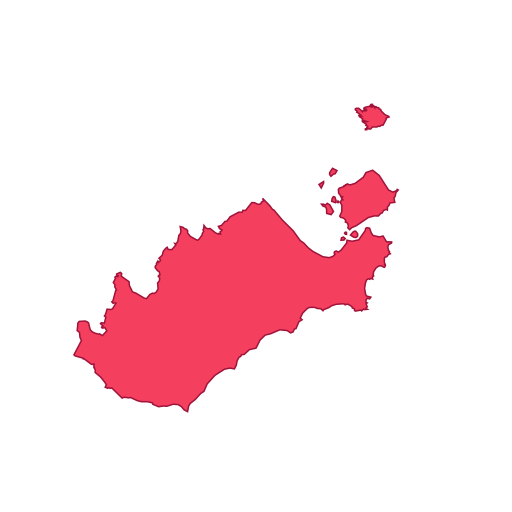 outline of Bangka Selatan, Bangka-Belitung, Indonesia, rotated 299°
{"feature_id": "22746128B19321376976921", "entity_name": "Bangka Selatan", "entity_type": "district", "adm_level": 2, "iso_a3": "IDN", "parent_name": "Indonesia", "parent_adm1": "Bangka-Belitung", "projection": "natural_earth1", "projection_center": [106.566, -2.786], "detail": "fine", "context": "isolated", "style": "filled", "palette": "rose", "viewbox_px": 512, "rotation_deg": 299, "n_neighbors": 0, "source": "geoboundaries", "source_scale": "gbopen_adm2", "svg_char_len": 6141}
<svg xmlns="http://www.w3.org/2000/svg" viewBox="0 0 512 512"><g transform="rotate(299 256 256)"><path d="M309.6,233.9L307.8,235.8L305.6,234.6L304.0,234.9L302.2,232.9L301.9,228.9L300.7,226.4L290.8,224.8L289.6,222.4L287.6,222.7L286.0,219.7L277.7,214.3L272.5,213.7L271.2,212.1L266.0,211.0L263.7,208.7L262.2,211.0L262.5,213.3L261.8,213.8L259.8,212.9L258.0,214.4L257.8,212.6L256.9,212.6L256.6,209.4L257.8,202.5L256.5,200.8L256.2,198.6L257.5,195.7L254.6,197.0L253.3,196.9L252.2,198.3L249.6,198.1L248.6,198.7L243.3,198.1L241.3,197.1L241.3,189.2L242.9,185.0L244.9,184.0L245.7,182.2L245.3,180.4L245.7,178.2L245.0,175.4L241.2,178.4L238.6,179.0L236.7,178.5L230.8,180.5L228.2,180.2L227.6,178.8L226.8,180.5L220.8,179.3L219.1,176.0L220.6,174.1L218.9,173.3L215.2,172.6L211.1,173.6L207.0,172.2L206.3,174.3L205.6,174.6L203.1,173.8L204.0,172.6L201.2,172.5L200.5,173.3L198.1,172.8L196.9,173.6L195.4,176.9L195.3,179.0L192.9,181.2L191.7,180.2L190.7,180.5L190.4,182.1L189.3,182.8L187.4,183.5L184.7,183.0L179.8,186.3L176.3,186.3L173.8,185.1L173.3,183.4L170.8,181.8L165.7,180.9L165.0,179.0L165.3,168.9L164.7,165.4L168.9,159.5L172.0,157.4L173.0,148.0L175.6,147.0L175.9,145.2L172.7,142.8L171.8,143.4L171.8,145.1L170.9,145.2L170.1,143.1L169.1,142.9L167.9,144.0L163.7,144.0L162.4,146.6L160.5,147.5L158.7,150.4L157.8,150.0L147.5,152.6L146.0,152.1L145.3,154.1L146.7,155.0L146.8,156.4L140.2,156.1L138.9,155.1L137.3,151.5L132.0,152.7L130.0,152.5L129.7,154.3L123.8,155.9L122.6,153.0L121.4,152.8L120.6,156.2L118.9,155.4L118.4,156.5L120.1,158.7L118.1,161.8L111.9,160.2L112.1,156.9L111.3,156.2L110.4,152.2L110.3,149.4L111.2,146.7L116.3,142.0L116.6,140.5L116.3,138.1L113.1,133.1L111.1,132.7L104.0,135.8L103.6,138.6L99.4,141.6L97.4,144.3L81.3,144.7L80.9,146.1L82.8,154.3L82.2,154.7L82.7,155.8L81.5,164.1L81.8,165.5L83.0,166.6L79.9,168.3L80.2,168.6L78.1,170.8L76.1,171.8L74.9,178.5L72.1,185.3L70.7,187.6L68.1,187.7L68.4,190.4L69.2,190.6L69.7,192.9L70.7,193.8L66.8,207.9L68.4,208.9L70.4,213.8L71.4,214.7L71.9,222.0L73.0,226.4L75.9,231.6L76.9,235.1L77.2,236.9L76.3,237.7L77.0,244.0L79.9,247.7L81.3,250.8L86.2,255.4L88.3,260.0L88.1,263.7L86.6,267.7L86.7,271.6L92.3,269.8L95.2,270.0L100.9,272.4L109.0,274.3L112.3,276.1L120.5,275.3L131.9,278.0L141.7,283.3L145.3,287.5L146.8,291.9L150.9,291.7L155.2,290.3L159.5,290.3L160.6,291.3L162.6,291.2L164.2,293.4L170.9,295.6L175.4,300.7L184.5,300.3L191.3,302.4L195.1,306.5L203.0,312.6L205.9,319.4L205.5,323.5L207.5,325.2L210.8,325.0L211.9,326.2L219.4,325.4L222.6,327.2L223.1,324.8L228.7,324.5L235.2,326.4L237.0,327.8L239.4,331.9L239.9,335.3L241.3,338.1L240.6,341.1L241.7,341.1L246.1,344.7L249.1,346.2L252.6,349.5L256.2,355.0L256.9,356.8L256.5,357.6L258.2,359.2L258.5,361.8L258.1,364.7L257.2,365.4L257.6,367.5L256.0,368.7L256.1,369.8L259.5,373.9L259.6,374.4L259.2,374.7L259.2,375.1L261.8,375.7L261.6,376.7L263.4,379.3L263.5,377.7L264.7,377.4L265.4,378.0L267.6,375.5L268.9,376.0L268.7,374.7L270.8,373.6L273.0,373.8L273.6,376.2L275.7,376.4L274.6,372.0L275.7,370.4L280.3,366.7L285.5,364.8L288.7,364.3L290.1,365.1L290.9,365.9L290.7,366.7L292.0,367.3L292.4,369.3L293.9,367.9L295.6,368.6L295.8,367.8L299.3,366.5L303.9,366.8L307.0,368.4L308.1,370.4L308.2,373.6L308.7,373.9L310.1,373.9L310.7,372.8L311.1,373.3L312.8,371.2L316.5,369.3L317.8,369.4L318.6,370.7L321.7,371.1L323.1,372.4L323.7,370.8L324.7,370.5L325.0,369.3L327.8,366.9L330.1,366.4L333.0,368.3L334.1,367.8L331.7,363.3L335.1,357.4L332.6,354.9L330.7,348.5L332.1,345.6L335.4,341.9L334.6,339.3L333.3,338.5L331.3,339.2L319.9,338.0L315.5,332.9L313.9,327.9L311.5,329.0L302.4,327.6L299.3,326.1L299.3,323.7L297.8,322.6L296.5,322.9L295.9,324.3L293.0,323.5L290.1,320.9L287.8,315.0L287.6,303.5L288.6,297.2L290.5,291.6L290.9,287.3L296.1,276.2L300.2,261.6L304.9,249.3L304.7,248.0L306.7,243.6L309.6,233.9ZM354.3,295.7L351.0,297.8L349.8,300.6L348.5,301.9L349.4,301.6L349.7,303.1L348.1,302.8L347.3,304.6L346.8,303.6L343.8,303.6L342.1,306.4L336.4,309.5L331.5,309.9L330.8,311.2L331.6,314.1L331.1,316.3L330.0,317.7L329.1,317.6L329.1,320.2L326.9,322.3L325.2,322.6L324.4,325.1L327.2,326.0L331.2,329.1L344.1,335.6L348.4,340.0L350.3,343.6L353.8,344.5L354.9,345.5L357.7,345.5L359.9,347.4L359.9,348.6L362.7,347.2L364.7,347.8L367.3,347.4L370.2,351.4L373.6,348.5L375.4,348.8L379.4,347.7L382.7,348.4L382.7,347.2L381.4,347.3L378.2,344.7L378.0,339.9L386.2,324.7L387.6,316.5L382.3,311.7L377.1,311.7L367.6,307.5L363.7,303.7L363.3,300.8L362.5,300.8L361.7,299.7L361.0,300.1L360.0,298.9L359.5,299.3L355.7,296.0L354.3,295.7ZM433.8,272.0L432.6,271.5L431.9,272.3L431.8,274.2L430.6,274.4L430.6,276.8L429.9,277.7L430.4,279.9L429.6,278.0L429.4,280.1L428.5,278.2L428.0,278.9L427.7,282.8L426.4,283.0L427.3,287.8L426.6,287.0L426.1,284.4L425.1,284.0L424.6,288.7L423.5,288.7L423.6,290.8L422.6,290.8L421.7,292.7L422.6,294.7L425.3,295.3L427.5,299.3L428.6,299.7L429.4,301.5L431.4,302.4L432.0,303.7L438.7,303.6L439.8,302.9L442.1,305.0L442.5,304.3L442.1,300.3L443.5,295.2L444.7,293.9L444.3,292.4L445.2,291.4L444.4,289.3L444.8,288.6L444.1,287.6L443.4,287.9L444.5,286.3L443.7,284.5L442.9,284.5L442.8,285.5L442.3,285.1L442.2,283.1L439.1,279.4L437.7,278.7L437.3,279.5L437.9,282.1L436.9,280.8L436.8,282.0L436.2,281.7L435.7,280.3L436.6,280.2L436.5,279.5L435.5,280.4L434.7,279.0L433.9,279.2L435.0,274.2L433.8,272.0ZM334.1,289.9L333.1,288.1L332.1,290.4L332.6,293.2L331.3,294.9L327.5,297.2L328.6,301.7L332.5,302.2L336.5,295.8L336.6,292.8L334.2,292.0L334.1,289.9ZM369.8,280.4L364.4,280.0L362.9,281.0L362.0,282.9L365.2,284.1L366.4,285.4L370.0,285.4L369.8,280.4ZM324.0,329.2L320.1,328.5L319.8,332.5L320.7,334.5L322.4,335.3L324.6,334.3L326.0,331.3L325.8,330.4L324.0,329.2ZM343.2,294.7L340.5,295.7L341.2,299.7L343.3,299.2L345.8,296.4L345.5,294.9L343.2,294.7ZM353.9,279.0L349.1,276.4L347.1,280.1L352.6,279.8L353.9,279.0ZM313.4,321.9L311.0,322.7L312.6,325.2L314.5,325.6L315.0,323.3L313.4,321.9ZM320.2,322.6L319.0,322.3L318.3,323.5L318.8,324.7L320.6,323.7L320.2,322.6ZM343.5,302.3L343.9,301.0L342.4,301.0L342.4,301.9L343.5,302.3ZM444.4,283.1L443.3,282.9L443.4,283.8L444.5,284.9L445.1,284.4L444.4,283.1ZM420.3,290.0L419.4,290.5L420.2,291.7L420.9,291.3L420.6,292.2L421.3,290.8L421.0,291.2L420.3,290.0Z" fill="#f43f5e" stroke="#9f1239" stroke-width="1.5"/></g></svg>